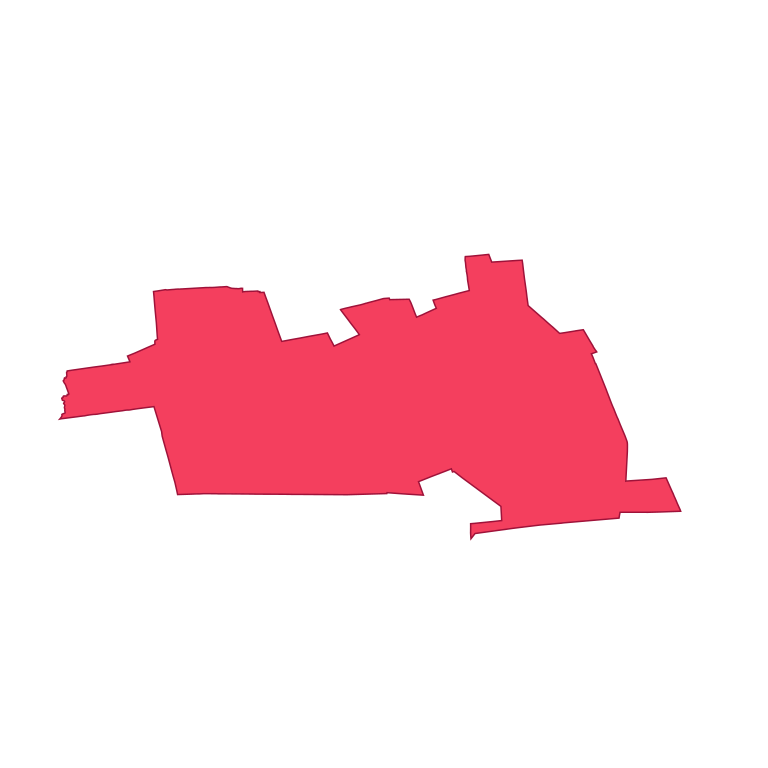 Baba Ana, Prahova, Romania (Natural Earth projection), rotated 11°
{"feature_id": "2599482B26950775852697", "entity_name": "Baba Ana", "entity_type": "district", "adm_level": 2, "iso_a3": "ROU", "parent_name": "Romania", "parent_adm1": "Prahova", "projection": "natural_earth1", "projection_center": [26.48, 44.974], "detail": "fine", "context": "isolated", "style": "filled", "palette": "rose", "viewbox_px": 768, "rotation_deg": 11, "n_neighbors": 0, "source": "geoboundaries", "source_scale": "gbopen_adm2", "svg_char_len": 5918}
<svg xmlns="http://www.w3.org/2000/svg" viewBox="0 0 768 768"><g transform="rotate(11 384 384)"><path d="M498.9,519.3L501.9,513.4L538.3,501.0L544.1,499.1L559.0,494.3L564.0,492.7L584.5,486.8L586.9,486.0L640.3,470.8L640.2,467.6L640.2,464.9L640.5,464.8L667.9,459.5L679.6,456.9L699.5,452.3L698.8,451.1L694.5,445.0L693.2,443.0L692.5,442.0L691.4,440.4L690.3,438.9L689.8,438.1L688.5,436.1L687.8,435.2L686.3,433.1L682.4,427.5L678.8,422.3L665.2,426.5L640.1,433.1L639.9,433.2L635.8,404.0L635.0,399.5L634.4,396.5L633.9,394.8L633.4,393.8L631.9,391.3L630.3,388.7L623.7,378.9L620.3,373.6L619.3,372.3L616.8,368.5L614.2,364.4L613.6,363.6L611.2,360.0L606.4,352.3L603.9,348.3L603.8,348.1L603.0,346.8L590.3,327.1L588.0,323.6L587.6,323.7L584.0,317.9L581.8,314.8L586.7,311.9L586.3,311.5L585.8,311.0L584.7,310.1L583.9,309.2L582.6,307.9L581.9,307.0L581.9,306.9L577.3,301.8L569.3,292.7L565.3,294.1L562.2,295.2L561.2,295.6L552.2,298.9L549.4,299.9L546.8,300.8L546.4,300.6L539.5,296.4L536.5,294.7L532.4,292.3L528.3,289.8L526.1,288.6L519.4,284.7L510.5,279.5L507.7,271.3L506.4,267.2L505.8,265.4L503.5,258.7L502.1,254.7L501.4,252.6L498.9,244.9L497.2,239.5L496.0,236.1L491.2,237.3L466.5,243.8L462.1,236.8L455.2,238.9L447.5,241.2L443.4,242.4L439.5,243.4L439.5,244.0L439.6,244.6L440.0,247.1L440.9,249.5L442.2,254.0L443.1,256.3L443.4,257.8L443.9,258.8L444.8,261.2L445.5,263.3L446.1,265.6L446.5,266.8L448.2,271.3L448.9,273.2L449.7,275.4L449.9,276.0L447.1,277.3L439.8,280.8L435.6,282.9L433.7,283.8L429.6,285.8L428.3,286.4L427.1,287.0L423.3,288.9L418.9,291.1L416.2,292.3L418.7,296.5L420.9,299.7L411.3,306.6L408.2,308.9L406.3,310.1L403.2,312.2L402.5,311.1L400.9,308.7L397.7,303.5L395.1,299.4L394.1,298.0L393.7,297.5L392.5,296.0L392.1,296.1L373.5,300.1L372.7,298.7L367.9,300.0L367.0,300.3L366.8,300.4L361.0,303.3L355.6,305.9L353.3,307.0L351.6,307.9L351.0,308.1L348.4,309.5L345.8,310.8L337.0,314.6L335.1,315.5L331.7,317.0L327.3,319.1L327.1,319.3L330.3,322.2L335.7,327.0L340.1,331.0L344.8,335.1L348.3,338.3L350.4,340.3L345.3,343.9L327.7,356.3L327.1,355.5L325.3,353.2L322.8,350.2L319.8,346.2L318.7,344.7L315.1,346.2L311.8,347.5L301.9,351.3L292.9,354.9L286.4,357.4L275.8,361.6L275.5,361.7L274.8,360.6L272.8,357.3L270.5,353.5L268.3,349.8L265.9,345.7L264.1,342.7L261.8,338.9L257.6,331.8L254.6,326.7L250.6,320.1L248.7,316.9L247.9,317.1L244.8,317.9L244.5,317.9L244.5,317.0L242.6,317.3L242.4,316.8L238.0,317.9L234.3,318.7L234.0,318.8L230.5,319.6L229.6,319.9L227.9,320.4L227.7,320.5L227.0,317.7L226.9,317.1L225.4,317.3L223.7,318.0L222.6,318.3L221.4,318.4L219.7,318.7L218.7,318.8L217.3,319.0L216.3,319.1L214.9,319.0L212.5,318.6L212.1,318.5L211.6,318.4L211.0,318.4L210.6,318.5L209.5,318.8L208.0,319.2L206.1,319.7L204.3,320.1L198.8,321.6L196.3,322.2L194.4,322.5L193.4,322.8L192.2,323.0L190.4,323.4L187.0,324.3L183.8,325.1L181.1,325.8L168.9,328.9L168.2,329.1L166.5,329.5L165.7,329.7L165.2,329.9L164.5,330.0L163.4,330.2L161.1,330.8L160.2,331.1L157.6,331.8L155.9,332.3L154.8,332.6L153.8,332.9L153.0,333.1L151.5,333.1L143.9,335.9L140.1,337.2L141.3,341.2L143.2,348.0L145.2,355.0L148.9,367.5L152.3,380.3L153.2,383.4L152.6,383.7L152.4,383.9L152.1,384.1L151.3,384.6L150.9,385.3L150.9,385.8L151.3,387.6L151.5,388.7L144.1,393.8L142.7,394.8L133.2,401.4L130.4,403.2L126.9,405.5L130.4,410.7L130.2,410.8L114.3,416.5L114.2,416.3L112.8,416.8L112.9,417.0L102.5,420.6L102.1,420.7L96.1,422.7L95.2,423.0L93.8,423.5L91.8,424.2L90.6,424.6L78.5,428.8L75.6,429.8L70.6,431.6L70.8,432.2L70.2,432.9L70.3,433.6L71.0,436.0L71.1,436.8L71.1,437.1L71.0,437.5L70.6,437.7L70.7,438.0L70.8,438.5L70.6,438.8L70.3,439.0L69.6,439.0L69.4,439.0L69.2,439.0L69.1,439.4L69.2,439.6L69.2,440.1L69.2,440.5L69.1,440.8L69.1,441.2L68.8,441.6L68.6,441.8L68.5,442.1L68.6,442.3L68.9,442.6L69.5,443.4L70.1,444.1L70.5,444.5L71.0,444.9L71.4,445.4L71.9,446.1L72.7,447.5L72.9,447.9L73.5,448.8L74.4,450.3L75.4,452.0L75.9,452.8L76.4,453.6L76.4,453.9L76.5,454.2L76.3,454.5L76.1,454.7L75.7,454.7L75.3,454.6L75.1,454.6L75.0,454.9L75.1,455.4L75.1,455.6L75.0,455.9L74.8,456.2L74.5,456.4L74.0,456.5L73.8,456.5L73.5,456.5L73.1,456.6L72.6,456.7L72.0,456.8L71.7,457.0L71.4,457.4L71.4,457.6L71.4,457.8L71.5,458.1L71.5,458.3L71.5,458.5L71.3,458.7L71.0,458.9L70.7,459.1L70.4,459.3L70.4,459.6L70.5,459.8L70.7,460.0L70.9,460.4L71.1,460.8L71.2,461.0L71.3,461.2L71.5,461.3L72.2,461.4L72.6,461.4L72.9,461.4L73.2,461.6L73.6,461.9L73.8,462.0L73.8,462.4L73.8,462.8L73.7,463.2L73.5,463.5L73.2,463.8L73.2,464.1L73.2,464.3L73.4,464.5L73.8,464.8L74.2,465.0L74.6,465.4L74.8,465.9L74.8,466.4L74.8,466.9L74.8,467.5L74.8,468.0L74.8,468.4L75.0,468.6L75.2,468.9L75.5,469.3L75.6,470.0L75.6,470.5L75.7,470.9L75.8,471.2L75.9,471.6L76.2,472.2L76.4,472.7L76.4,473.0L76.4,473.3L76.1,473.6L75.6,473.9L74.8,474.4L74.1,474.8L73.9,475.0L73.7,475.2L73.6,475.4L73.7,475.7L73.8,476.0L73.9,476.4L73.9,477.0L73.7,477.7L73.4,478.3L73.0,479.2L72.4,480.3L74.1,479.6L76.6,478.8L80.5,477.5L85.3,475.9L88.7,474.8L91.6,473.8L95.3,472.6L96.1,472.4L99.0,471.2L102.1,470.1L104.6,469.3L106.0,469.0L108.6,468.2L110.9,467.3L121.4,463.8L126.0,462.2L132.2,460.2L135.1,459.1L136.7,458.6L139.1,458.1L142.4,456.8L146.7,455.3L148.8,454.6L153.3,453.1L162.5,450.1L174.8,473.2L175.5,475.4L176.2,477.5L178.2,481.6L180.6,486.4L182.8,490.8L184.6,494.3L186.3,497.7L188.2,501.6L193.4,512.3L194.7,514.9L197.5,520.4L199.0,523.8L200.9,528.1L202.5,531.9L216.1,528.8L220.8,527.7L223.8,527.1L227.7,526.1L232.8,525.1L235.0,524.7L237.6,524.2L240.3,523.7L242.5,523.4L253.9,521.2L257.4,520.6L259.3,520.2L269.6,518.3L275.4,517.2L280.1,516.4L285.8,515.3L303.7,511.9L311.3,510.5L316.5,509.6L317.4,509.4L326.3,507.7L369.0,499.7L372.5,498.9L407.7,491.0L407.7,490.1L421.3,488.5L433.1,487.0L443.9,485.6L437.6,475.1L436.5,473.3L448.3,465.7L460.0,458.4L466.3,454.4L468.0,457.3L469.5,456.5L478.6,461.1L522.1,481.8L522.6,483.7L525.6,495.6L517.2,498.2L499.9,503.4L495.7,504.6L496.5,508.6L496.7,509.7L497.2,512.4L497.3,513.1L497.6,514.4L498.1,516.4L498.9,519.3Z" fill="#f43f5e" stroke="#9f1239" stroke-width="1.5"/></g></svg>